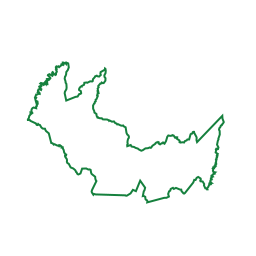 Nossa Senhora do Livramento, Mato Grosso, Brazil (Natural Earth projection), rotated 164°
{"feature_id": "56859067B77677345991641", "entity_name": "Nossa Senhora do Livramento", "entity_type": "district", "adm_level": 2, "iso_a3": "BRA", "parent_name": "Brazil", "parent_adm1": "Mato Grosso", "projection": "natural_earth1", "projection_center": [-56.488, -15.933], "detail": "fine", "context": "isolated", "style": "outline", "palette": "green", "viewbox_px": 256, "rotation_deg": 164, "n_neighbors": 0, "source": "geoboundaries", "source_scale": "gbopen_adm2", "svg_char_len": 5878}
<svg xmlns="http://www.w3.org/2000/svg" viewBox="0 0 256 256"><g transform="rotate(164 128 128)"><path d="M209.0,176.3L209.9,174.2L210.5,173.8L210.8,172.3L213.1,173.7L214.2,173.5L215.4,172.6L216.3,170.8L215.8,168.8L216.8,168.4L217.6,169.4L218.0,167.9L219.6,166.8L220.5,165.0L221.9,163.8L222.0,163.3L220.5,162.9L220.0,162.4L219.9,161.8L215.3,157.8L215.0,156.4L214.7,156.0L214.2,155.8L213.3,156.6L212.8,155.7L211.8,155.1L211.2,152.6L210.5,151.4L209.9,150.8L208.0,150.2L207.9,148.5L207.6,147.6L205.6,144.7L205.9,134.7L204.7,134.1L204.0,132.5L203.1,132.7L200.7,130.5L199.8,130.4L199.4,129.7L198.8,130.5L198.2,130.2L198.3,129.6L197.8,129.6L197.1,128.9L197.3,127.5L196.1,127.5L196.2,125.7L195.9,124.7L196.1,122.1L195.5,120.2L194.7,119.5L195.0,118.9L195.5,119.2L196.1,118.9L196.3,118.4L196.2,117.2L195.4,115.0L195.5,113.9L196.1,112.3L195.9,111.0L194.8,109.9L194.0,105.9L191.8,104.2L190.6,102.4L190.2,101.6L190.1,100.1L189.6,99.6L189.4,98.0L188.9,97.3L188.4,97.0L186.2,97.4L183.3,101.6L179.3,100.6L177.6,99.0L176.3,98.8L175.5,98.1L175.8,95.0L175.6,93.8L173.0,90.2L173.4,88.2L173.3,86.3L173.0,85.7L179.5,78.5L180.4,77.2L180.5,76.0L179.7,73.4L178.9,74.0L177.5,73.1L149.1,64.0L148.5,63.4L147.7,63.3L143.6,64.4L140.3,67.2L137.8,65.1L130.8,74.0L128.0,65.9L129.4,63.5L130.3,62.8L132.5,58.5L131.8,58.5L130.4,57.1L130.8,54.8L130.2,53.6L129.6,53.2L129.5,52.2L130.0,51.2L112.5,50.9L110.3,50.3L107.6,50.8L107.6,53.5L106.0,55.8L104.7,56.1L103.9,57.5L103.5,57.7L101.3,58.1L100.7,56.8L98.4,57.2L95.0,54.5L93.8,54.1L93.9,52.2L93.2,51.2L92.8,50.0L92.2,49.5L91.2,49.8L80.3,57.6L78.6,59.9L77.4,59.4L75.7,61.2L74.0,61.6L72.1,59.4L72.2,58.5L73.1,57.4L73.0,56.8L71.0,56.0L70.2,53.1L70.8,51.9L70.3,48.7L69.3,48.2L69.0,47.2L68.5,47.1L68.5,48.5L67.1,49.2L65.6,51.1L64.8,51.1L64.9,51.7L64.1,51.4L64.3,52.3L62.9,52.1L63.8,53.3L63.4,53.8L63.6,54.3L62.7,55.3L61.9,55.4L62.4,56.3L62.2,56.8L61.4,56.8L61.1,57.2L61.2,57.9L59.9,57.9L60.6,59.3L59.4,59.6L59.0,60.1L57.3,60.2L57.6,61.0L56.5,61.4L58.0,62.2L58.2,63.4L57.4,64.8L57.8,65.7L57.0,66.4L56.5,66.1L56.5,66.7L55.5,66.4L54.9,66.7L55.1,67.5L54.1,67.5L54.3,68.5L53.4,68.9L53.6,69.4L53.0,69.6L52.9,70.1L53.2,70.6L52.1,72.2L52.3,73.2L51.9,73.7L51.3,73.8L51.3,74.7L50.5,75.2L50.6,75.8L50.0,76.2L50.2,76.9L49.4,77.3L49.6,77.9L48.9,78.4L50.5,80.3L49.4,82.4L49.5,83.1L48.8,83.8L48.2,83.6L47.8,82.9L47.3,82.9L46.4,84.4L47.0,87.4L45.2,90.9L44.1,92.2L44.1,92.8L41.6,96.4L40.7,99.9L41.0,101.2L40.5,102.2L40.1,102.8L39.2,103.2L38.2,104.6L37.1,104.8L37.0,105.3L35.5,106.1L34.3,107.3L34.6,111.0L34.0,113.7L65.5,95.4L65.5,97.5L64.7,99.7L64.7,100.6L65.7,105.2L65.6,106.1L66.2,106.3L66.8,106.2L67.1,105.5L68.0,104.9L68.7,105.1L69.6,104.7L72.4,100.1L74.1,100.6L75.1,99.9L77.0,99.7L78.1,98.6L79.3,99.2L81.8,99.6L82.3,100.3L81.8,100.6L82.1,102.0L83.9,104.1L83.3,105.5L84.5,105.9L84.8,105.4L85.4,105.6L86.2,108.2L87.3,108.9L87.7,108.5L89.6,108.8L91.3,109.7L92.6,108.8L95.1,104.9L97.2,102.9L98.2,104.3L98.7,103.7L99.8,104.1L101.6,103.4L102.1,103.7L102.7,104.6L102.4,105.8L103.0,106.3L103.6,106.0L104.5,106.3L105.7,105.8L106.1,105.3L109.4,104.2L111.2,102.7L111.7,102.7L112.4,103.3L114.4,103.1L116.9,103.6L119.9,102.6L121.5,102.5L123.5,104.4L124.2,105.5L126.2,106.8L127.4,108.1L129.7,109.2L130.1,110.9L133.7,110.7L133.5,111.9L132.6,112.9L132.5,114.4L131.7,116.2L130.9,117.5L129.9,118.3L129.5,119.6L129.7,120.8L130.5,121.9L130.8,123.7L130.1,129.3L131.5,130.6L132.0,131.8L133.1,131.8L134.4,132.5L136.5,134.4L137.4,134.4L137.8,135.5L138.9,136.2L139.7,138.2L141.7,138.5L143.6,140.3L144.2,140.1L144.3,140.7L145.7,141.9L149.5,143.1L150.0,143.4L150.5,144.6L152.1,145.0L154.3,146.3L154.1,146.8L154.6,147.1L154.8,148.4L154.5,150.2L156.0,152.1L155.8,153.6L156.2,156.1L155.4,159.2L153.9,160.8L153.3,160.9L152.7,162.2L151.7,162.5L151.4,164.0L150.3,164.5L148.2,167.1L148.2,167.9L148.6,168.0L148.2,168.7L147.7,169.5L146.7,169.5L146.6,170.8L147.2,171.2L147.0,172.0L146.5,171.9L146.3,174.3L145.0,175.2L145.1,176.5L142.5,178.3L141.9,178.1L140.8,179.0L140.0,178.1L139.0,177.9L136.7,179.7L135.9,182.1L136.5,183.6L136.2,185.2L134.5,186.9L133.6,189.2L133.4,191.1L133.7,191.5L134.0,190.8L134.7,190.3L138.9,189.3L139.6,187.8L139.5,186.5L141.6,185.4L143.2,186.2L143.6,186.9L145.4,186.7L145.8,186.1L148.2,184.6L149.0,182.8L149.6,182.6L151.5,183.3L154.7,182.7L155.3,183.2L157.5,183.5L158.3,181.7L160.7,181.2L161.0,180.6L161.6,180.9L162.3,180.7L163.9,179.5L164.5,178.4L164.5,177.8L163.2,176.5L163.4,174.4L164.1,173.9L165.5,174.1L167.8,172.1L169.8,172.4L179.8,171.4L179.3,178.9L178.6,180.3L176.6,182.2L175.9,183.7L175.3,186.3L175.1,187.6L175.5,188.7L175.2,190.1L175.3,192.8L174.4,194.7L173.7,195.2L172.7,196.6L171.9,198.8L169.9,200.3L168.2,202.6L167.7,206.6L169.2,207.8L169.8,206.6L170.1,207.2L170.0,207.9L171.1,207.7L171.8,208.6L172.7,208.9L172.9,208.3L172.6,206.6L173.0,206.4L174.0,207.6L174.5,207.6L174.9,206.6L177.4,205.5L177.8,206.4L178.5,206.2L179.8,207.0L180.6,206.4L180.7,205.9L180.4,205.5L181.0,204.6L180.3,204.1L180.6,203.5L181.1,203.2L180.9,201.7L181.9,200.9L182.5,199.2L183.2,199.0L183.6,200.0L184.7,200.0L185.0,200.4L184.6,202.0L185.1,202.5L185.9,201.7L185.4,199.9L186.3,199.0L188.7,201.4L190.2,201.1L190.5,200.7L188.9,197.8L188.9,197.2L190.2,196.3L190.7,197.0L191.8,197.3L191.3,196.1L191.9,195.9L192.4,196.5L193.0,196.5L193.5,196.1L192.9,195.7L193.4,192.3L193.9,192.4L193.8,195.0L194.2,195.4L194.8,195.3L195.2,194.8L195.3,193.4L195.9,194.4L196.4,194.3L196.4,193.3L196.7,192.8L197.5,192.7L198.1,194.6L199.3,195.3L200.1,194.9L199.4,194.0L199.8,192.0L200.2,191.8L201.0,192.5L201.9,192.3L201.8,190.9L200.6,189.2L201.1,188.5L202.4,189.8L203.5,189.7L204.5,188.4L204.5,187.9L204.0,188.0L204.0,187.4L204.6,187.1L203.6,186.4L203.3,185.8L203.5,185.1L204.4,185.6L206.3,185.2L207.0,185.5L208.7,183.3L207.9,182.4L208.2,182.1L209.1,182.3L209.2,179.8L207.7,178.4L208.1,176.1L208.7,175.7L209.0,176.3ZM209.0,176.3L208.6,177.9L209.2,178.1L209.2,176.8L209.0,176.3Z" fill="none" stroke="#15803d" stroke-width="2"/></g></svg>